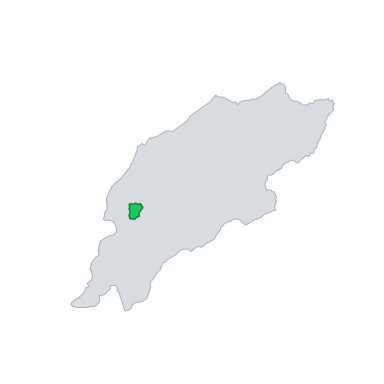 location of Saixandulaan, Dornogovi, Mongolia, rotated 137°
{"feature_id": "93677404B55726932158905", "entity_name": "Saixandulaan", "entity_type": "district", "adm_level": 2, "iso_a3": "MNG", "parent_name": "Mongolia", "parent_adm1": "Dornogovi", "projection": "equal_earth", "projection_center": [109.601, 44.783], "detail": "fine", "context": "in_parent", "style": "filled", "palette": "green", "viewbox_px": 384, "rotation_deg": 137, "n_neighbors": 0, "source": "geoboundaries", "source_scale": "gbopen_adm2", "svg_char_len": 4504}
<svg xmlns="http://www.w3.org/2000/svg" viewBox="0 0 384 384"><g transform="rotate(137 192 192)"><path d="M27.8,159.4L29.1,159.4L31.1,158.2L31.5,156.6L32.2,155.7L36.7,155.2L38.7,155.7L39.2,154.7L39.6,154.5L40.5,155.4L41.6,155.0L42.4,154.6L43.2,153.4L44.7,153.6L47.5,152.2L47.7,149.8L48.8,149.2L51.2,148.8L51.7,147.7L52.2,147.4L54.0,147.1L57.1,145.8L58.5,145.7L59.7,144.6L62.5,143.2L66.5,142.6L66.9,141.9L70.8,139.7L74.7,139.6L76.0,137.7L76.6,137.5L79.1,139.7L80.3,139.4L80.8,138.6L82.4,138.6L82.9,140.2L83.8,140.8L95.3,141.4L95.6,142.0L95.9,145.7L97.9,147.4L98.3,148.3L101.5,148.0L103.3,149.4L106.0,149.3L107.4,149.7L110.2,148.4L110.9,148.4L111.6,149.1L113.0,148.6L115.4,149.9L117.4,149.6L118.3,150.1L119.5,149.7L122.2,150.1L124.3,152.1L125.9,151.9L127.8,150.6L128.4,149.7L131.1,149.3L132.7,148.4L133.7,147.6L135.4,144.7L136.0,141.7L134.6,141.3L133.5,140.3L133.0,138.7L133.0,137.6L131.8,135.9L132.0,135.1L132.9,133.7L133.4,131.3L134.4,130.0L136.3,129.3L136.5,128.4L137.8,126.7L140.8,125.6L142.5,123.6L143.6,121.6L144.9,122.7L148.5,124.1L151.6,124.7L153.5,126.2L159.0,126.5L167.9,130.0L169.8,129.8L175.2,131.3L175.6,131.8L175.4,134.4L175.8,135.1L175.9,137.9L176.8,139.3L176.5,141.1L176.9,141.6L178.3,141.8L180.3,143.6L185.1,144.8L186.5,146.0L189.8,146.8L191.6,146.3L194.3,146.6L195.4,146.4L197.2,145.0L198.3,144.6L204.7,143.6L206.5,142.7L207.7,142.5L212.6,143.4L216.1,144.7L221.0,144.6L223.4,146.0L224.3,147.5L226.3,148.7L233.2,149.3L233.5,149.6L233.4,152.6L233.6,153.1L238.1,156.4L240.2,157.4L246.6,157.2L256.4,159.3L258.7,158.7L260.8,159.8L261.6,159.7L268.0,156.9L268.9,157.1L275.5,156.0L279.7,154.6L282.9,154.7L285.4,153.5L286.5,151.2L290.6,148.5L297.8,145.0L302.3,145.6L305.0,146.8L307.8,149.2L309.4,149.9L312.4,150.1L316.5,148.4L318.8,148.9L320.8,149.6L322.2,150.9L316.1,163.7L316.1,164.4L314.1,167.1L313.9,171.4L311.3,173.0L311.7,175.4L312.3,176.4L315.3,178.9L316.3,178.5L317.1,177.5L318.7,176.6L321.6,176.8L324.1,176.4L327.4,177.3L330.4,179.3L334.5,174.9L338.3,174.3L342.0,174.9L344.8,177.9L348.2,179.3L349.2,181.0L350.5,181.7L350.9,182.5L355.1,186.0L356.1,188.3L357.3,189.9L357.4,191.6L357.1,192.4L355.5,193.3L349.8,192.9L346.4,191.2L345.2,192.1L340.9,191.8L338.5,192.5L336.8,193.1L335.9,194.2L335.1,194.5L334.4,194.4L333.0,193.5L331.9,193.6L331.6,193.8L331.0,196.6L327.3,196.6L326.0,196.2L323.0,197.6L322.5,198.6L320.9,200.2L319.5,203.0L319.8,204.2L319.4,205.0L316.7,206.5L314.1,208.8L308.7,209.7L306.2,209.9L304.3,209.3L302.4,209.7L301.0,212.3L297.5,215.5L292.4,218.5L283.0,216.7L281.9,216.2L279.9,214.3L274.5,214.2L272.9,215.5L271.6,217.4L269.4,223.7L271.5,227.3L274.0,229.7L275.1,231.4L275.1,232.8L273.4,233.4L271.0,235.8L265.3,237.9L258.8,245.8L247.5,250.5L240.5,250.8L234.9,250.4L219.9,252.6L210.1,256.8L202.8,260.4L201.2,262.1L200.5,262.4L199.2,261.7L195.3,261.5L195.3,258.4L186.8,260.2L180.1,256.6L170.3,254.5L168.3,253.6L165.1,249.7L163.4,249.1L159.1,248.9L147.3,247.2L141.7,248.7L117.6,245.6L108.8,246.6L108.5,246.2L108.1,243.7L104.2,239.8L103.7,238.8L103.6,237.3L100.9,229.4L98.8,228.3L99.3,225.0L96.1,225.2L92.7,224.0L89.2,221.6L87.6,219.9L85.1,219.5L82.1,216.4L80.7,215.8L73.2,214.6L69.3,214.9L65.2,214.1L60.5,214.0L59.1,213.4L57.7,213.4L55.1,212.1L53.3,212.4L51.5,207.9L52.3,205.1L53.3,203.4L55.8,201.0L55.8,200.0L55.2,197.8L56.8,193.8L56.6,191.4L55.7,188.6L54.2,188.0L52.3,184.2L51.9,181.3L51.2,179.3L49.0,178.1L48.4,176.3L47.7,176.2L47.1,176.8L45.7,177.0L44.4,175.9L43.8,174.7L43.0,174.3L41.4,174.4L40.0,175.0L38.5,174.7L37.3,173.5L34.0,171.8L34.1,170.5L33.7,169.6L32.7,169.4L31.7,168.5L28.5,167.4L28.5,166.8L29.5,165.4L27.4,164.3L26.6,163.1L28.1,161.6L27.7,160.5L27.8,159.4Z" fill="#d9dde1" stroke="#a8b0b8" stroke-width="1"/><path d="M240.5,213.8L238.6,214.2L237.9,216.4L237.9,217.5L237.6,218.4L238.4,218.9L238.7,219.2L239.8,219.7L240.4,221.0L240.7,222.2L242.1,222.7L243.3,223.3L243.8,223.7L244.3,224.5L244.6,224.9L246.0,225.8L247.1,224.8L247.3,224.6L247.4,224.3L247.5,224.2L247.6,223.9L247.8,223.7L249.5,222.5L250.5,220.4L252.0,218.7L254.2,217.6L254.8,215.8L255.4,215.3L255.3,215.2L255.2,215.0L255.3,214.9L255.4,214.7L255.3,214.4L255.0,214.1L254.8,213.8L254.6,213.6L254.5,213.4L254.4,213.3L254.3,213.2L254.2,213.1L254.0,212.9L253.9,212.8L253.8,212.7L253.7,212.5L253.5,212.3L253.4,212.3L253.3,212.2L253.2,212.2L253.0,211.9L252.9,211.8L252.8,211.7L252.7,211.5L252.6,211.4L252.4,211.2L252.2,211.0L250.5,211.4L248.4,210.9L247.4,210.3L247.0,210.6L246.4,211.1L245.9,211.5L245.7,211.8L245.0,212.9L242.9,213.2L240.5,213.8Z" fill="#22c55e" stroke="#15803d" stroke-width="1.5"/></g></svg>